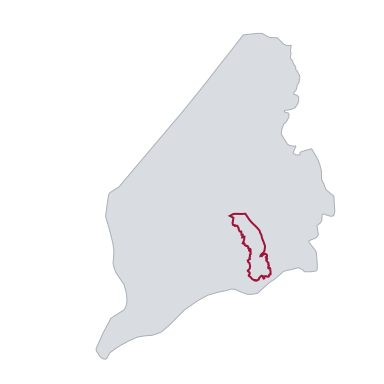 location of Menbij, Aleppo, Syria, rotated 164°
{"feature_id": "27442178B68936835306318", "entity_name": "Menbij", "entity_type": "district", "adm_level": 2, "iso_a3": "SYR", "parent_name": "Syria", "parent_adm1": "Aleppo", "projection": "equal_earth", "projection_center": [38.131, 36.027], "detail": "fine", "context": "in_parent", "style": "outline", "palette": "rose", "viewbox_px": 384, "rotation_deg": 164, "n_neighbors": 0, "source": "geoboundaries", "source_scale": "gbopen_adm2", "svg_char_len": 6417}
<svg xmlns="http://www.w3.org/2000/svg" viewBox="0 0 384 384"><g transform="rotate(164 192 192)"><path d="M62.3,130.1L65.4,130.4L71.9,134.7L73.0,134.6L75.1,128.9L77.0,127.0L81.1,125.3L82.3,116.2L84.2,114.5L86.5,113.5L90.0,113.3L93.1,112.8L93.3,111.2L89.1,100.6L89.5,98.0L91.6,87.4L92.9,83.3L94.2,81.9L99.0,82.4L105.8,84.3L107.5,87.3L110.9,90.0L115.8,89.9L121.6,90.4L126.0,90.5L129.6,88.6L137.7,85.1L141.7,83.9L145.4,82.3L157.0,76.5L161.7,77.0L164.9,77.7L167.4,78.7L172.9,82.6L177.5,86.6L180.6,87.8L186.4,87.8L194.7,88.5L204.9,88.5L210.8,87.3L218.4,85.4L231.9,80.6L249.6,70.7L260.0,65.9L264.5,65.4L270.3,65.3L276.2,66.6L282.9,67.5L285.9,67.4L293.1,66.4L302.4,64.4L308.3,62.7L315.3,60.1L319.7,55.6L321.1,55.1L322.9,55.9L323.8,56.3L325.6,58.8L327.7,65.3L327.7,66.1L327.3,67.9L322.8,73.3L316.7,80.6L312.2,85.3L304.7,93.0L299.1,94.7L289.5,97.5L287.0,100.3L284.7,104.7L283.3,110.7L283.0,114.5L282.8,121.5L285.2,128.9L287.4,135.9L287.8,140.6L287.6,145.2L285.6,150.1L283.4,156.8L282.2,164.4L281.7,178.8L281.8,191.0L281.6,192.9L277.8,201.6L273.2,211.7L271.1,214.0L260.9,217.0L249.8,224.4L237.5,232.7L226.2,240.2L214.3,248.2L202.0,256.4L193.2,262.3L181.4,270.1L170.6,277.6L159.7,285.3L151.4,291.1L138.8,300.3L131.4,305.7L120.4,313.6L110.8,320.6L99.4,328.9L85.2,326.4L80.7,325.0L77.0,321.0L74.4,318.9L67.6,316.8L63.4,309.4L60.8,306.7L56.3,305.6L58.3,300.8L58.7,297.7L60.6,293.9L59.5,291.4L58.9,286.1L58.1,284.8L57.8,283.4L58.5,281.7L58.2,280.0L57.5,279.2L57.1,276.6L56.5,274.6L56.8,272.2L57.8,270.7L58.9,267.7L60.1,266.8L62.0,265.0L62.5,263.0L64.2,261.1L66.5,259.6L67.1,258.3L66.7,257.6L64.5,256.2L63.3,253.7L64.4,250.2L65.1,249.0L66.5,247.3L69.6,244.7L72.0,244.2L74.1,244.2L77.6,244.4L80.3,244.9L81.0,244.2L80.9,243.4L77.5,241.2L77.4,239.5L78.2,237.6L80.6,234.7L83.4,232.6L84.9,232.2L88.1,227.9L90.3,223.1L87.0,211.5L85.0,209.6L81.7,208.0L79.8,207.8L79.6,207.0L82.2,204.1L84.1,201.5L82.1,199.1L78.4,197.9L77.1,200.4L72.4,200.7L65.1,200.6L62.0,188.4L61.6,183.1L61.8,176.9L64.0,168.0L63.0,163.8L63.0,161.0L62.5,157.2L56.8,148.9L60.1,133.8L62.3,130.1Z" fill="#d9dde1" stroke="#a8b0b8" stroke-width="1"/><path d="M136.7,121.3L136.9,122.1L136.9,123.0L136.9,123.9L136.9,124.1L137.0,124.9L137.1,125.3L137.2,126.2L137.3,127.1L137.3,128.1L137.4,128.9L137.3,129.9L137.2,130.6L137.1,130.9L137.2,131.3L137.2,131.8L137.3,132.2L137.4,132.5L137.6,133.1L137.6,133.6L137.7,133.9L137.7,134.8L137.7,135.6L137.8,136.3L137.9,136.7L138.6,138.3L139.9,140.9L143.0,146.2L144.4,149.3L146.2,154.7L146.7,156.4L147.7,156.6L150.4,157.2L151.1,157.4L156.4,159.1L158.5,159.4L162.2,158.6L159.3,155.9L160.7,152.5L161.1,152.0L161.5,151.3L161.7,149.1L160.2,148.4L160.3,147.7L160.2,147.6L160.1,147.4L159.9,147.4L159.8,147.5L159.7,147.5L159.6,147.8L157.7,147.0L157.8,146.5L157.1,144.5L157.2,144.3L157.2,144.1L157.3,144.0L157.3,143.8L157.3,143.6L157.3,143.4L157.4,143.2L157.4,142.9L157.4,142.7L157.3,142.4L157.3,142.2L157.2,141.8L157.2,141.7L157.1,141.4L157.0,141.1L156.9,140.9L155.9,140.6L155.9,140.3L155.6,140.2L156.2,137.2L155.1,136.9L156.3,134.5L155.5,134.4L155.4,134.5L154.4,134.4L154.3,134.8L153.9,134.6L154.5,133.2L154.8,132.2L155.6,130.9L156.7,129.5L157.4,128.7L157.0,128.3L156.9,128.3L156.7,128.2L156.4,128.1L155.9,128.2L155.8,127.9L155.9,127.4L155.9,127.1L155.8,126.8L155.8,126.7L155.7,126.7L155.4,126.6L155.5,126.6L155.5,126.2L155.4,125.8L155.2,125.7L154.9,125.7L154.7,125.6L154.5,125.4L154.5,125.2L154.4,125.2L154.2,125.0L154.1,124.9L153.9,124.9L153.7,124.9L153.5,124.7L153.4,124.6L153.3,124.4L153.1,123.3L153.3,123.1L153.5,122.7L153.3,122.3L152.7,121.8L152.7,121.6L152.4,121.4L152.1,121.3L152.0,121.2L151.8,121.1L151.7,121.1L151.6,120.9L151.6,120.7L151.6,120.3L151.7,120.1L152.0,120.2L152.1,120.3L152.4,120.7L152.5,120.7L152.6,120.8L152.8,120.8L152.9,120.7L153.0,120.7L153.3,120.1L152.8,119.4L152.5,119.1L152.5,118.8L152.3,118.3L152.3,118.2L152.2,118.2L152.3,117.9L152.5,117.6L152.4,117.3L152.7,116.2L153.5,116.0L153.6,115.9L153.8,115.2L153.9,114.2L154.7,113.4L154.8,113.0L154.7,112.7L154.8,112.5L154.7,111.9L154.7,111.7L155.0,111.6L155.9,111.5L156.0,111.4L156.2,111.2L156.3,111.2L156.5,111.1L156.7,110.9L156.8,110.9L157.0,110.8L157.1,110.7L157.3,110.7L157.3,110.0L157.3,109.3L157.1,108.9L156.4,108.1L156.4,107.4L156.5,106.3L156.5,105.1L156.8,104.2L157.3,103.1L158.1,102.1L158.6,101.7L159.8,101.1L160.0,101.1L160.0,100.9L160.1,100.7L160.0,100.4L159.9,100.2L159.7,99.9L159.6,99.7L159.4,99.5L159.3,99.4L159.2,99.3L159.1,99.2L158.9,98.9L158.9,98.7L158.8,98.4L158.9,98.2L158.9,97.9L159.0,97.7L159.1,97.4L159.3,97.2L159.5,97.1L159.8,96.9L160.0,96.8L160.2,96.7L160.3,96.5L160.3,96.4L160.4,96.2L160.5,95.9L160.4,95.8L160.4,95.7L160.3,95.4L160.1,95.2L159.9,95.1L159.7,94.8L159.6,94.7L159.4,94.4L159.3,94.2L159.1,94.0L159.0,93.8L158.9,93.6L158.9,93.4L158.8,93.1L158.6,92.8L158.4,92.3L158.3,92.1L158.2,91.9L158.1,91.7L157.8,91.3L157.6,91.2L156.2,89.9L155.9,89.5L155.5,89.4L155.4,89.9L154.7,89.6L154.5,89.2L154.3,89.0L153.5,89.1L153.4,89.1L153.1,89.1L152.4,89.7L152.0,89.8L151.8,89.7L151.7,89.9L151.6,90.3L151.5,90.5L150.7,91.0L150.1,91.3L149.6,91.8L149.0,92.0L148.6,92.0L148.4,92.2L148.2,92.4L147.8,92.2L147.7,92.0L147.7,91.8L147.5,91.4L147.1,91.4L147.1,90.9L147.2,90.6L147.2,90.1L147.2,89.8L147.1,89.5L147.1,89.1L146.9,88.9L146.2,89.2L146.0,89.8L145.8,90.2L145.5,90.8L145.1,90.8L144.8,90.9L144.4,90.9L144.1,90.8L143.5,90.2L143.0,90.0L142.5,89.7L141.9,89.5L141.5,89.6L141.3,89.9L141.1,90.3L140.9,90.8L140.7,91.1L140.3,91.3L139.7,91.1L139.4,91.1L139.2,91.3L139.0,91.5L138.9,91.6L138.9,92.3L138.8,92.9L138.5,93.5L138.4,93.9L138.3,95.3L138.1,96.1L138.0,96.4L137.9,96.6L138.0,97.1L138.2,97.5L138.3,97.7L138.5,97.9L139.0,97.9L139.3,97.7L139.5,97.6L139.7,97.9L139.5,98.4L139.4,98.6L139.3,99.1L139.2,99.3L138.8,99.7L138.4,100.0L138.3,100.3L138.3,100.5L138.4,101.0L138.6,101.2L138.7,101.5L138.6,101.8L138.3,102.4L138.1,102.5L138.1,103.1L138.3,103.3L138.5,103.4L138.8,103.9L139.0,104.7L139.0,105.1L139.4,105.4L139.5,105.6L139.5,106.1L139.1,106.7L139.0,106.8L138.4,106.8L138.1,107.3L138.4,107.8L138.7,107.9L139.1,108.6L139.1,108.9L138.6,109.2L138.3,109.1L137.7,109.3L137.5,109.7L137.4,110.9L137.8,111.7L138.2,112.0L138.4,112.3L138.8,112.3L139.6,112.3L140.5,112.1L141.3,112.0L141.9,111.5L142.3,111.2L142.9,111.1L143.3,111.3L143.7,111.6L143.8,111.6L143.4,112.3L142.3,113.1L141.0,113.6L139.5,114.5L139.3,114.6L139.2,114.8L138.9,115.1L138.7,115.3L138.6,115.6L137.8,117.1L137.5,117.9L136.9,119.2L136.7,120.8L136.7,121.3Z" fill="none" stroke="#9f1239" stroke-width="2"/></g></svg>